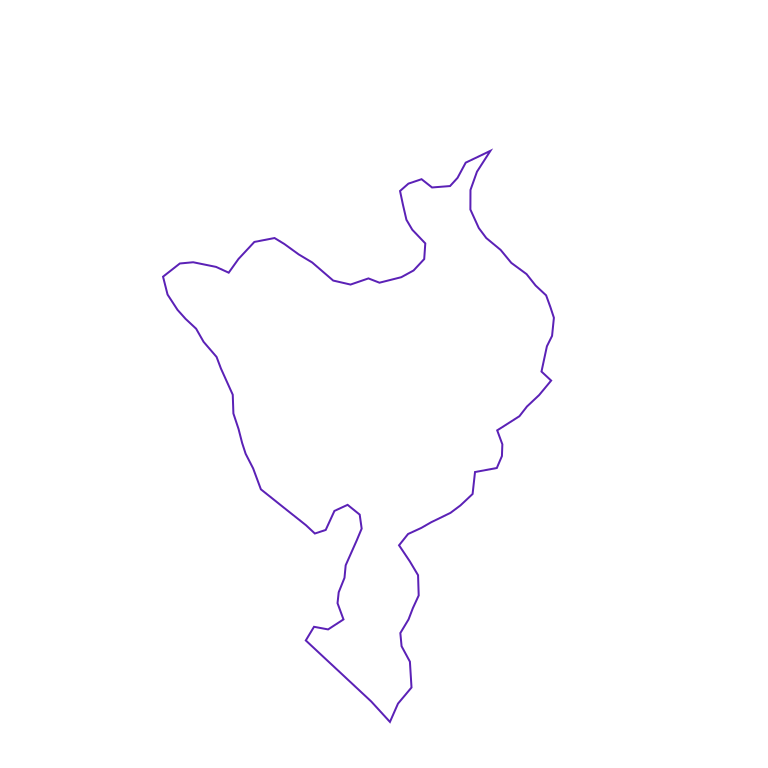 the district of Myrtou, Cyprus, rotated 223°
{"feature_id": "46923920B74910454629938", "entity_name": "Myrtou", "entity_type": "district", "adm_level": 2, "iso_a3": "CYP", "parent_name": "Cyprus", "parent_adm1": "", "projection": "orthographic", "projection_center": [33.074, 35.32], "detail": "fine", "context": "isolated", "style": "outline", "palette": "violet", "viewbox_px": 768, "rotation_deg": 223, "n_neighbors": 0, "source": "geoboundaries", "source_scale": "gbopen_adm2", "svg_char_len": 1474}
<svg xmlns="http://www.w3.org/2000/svg" viewBox="0 0 768 768"><g transform="rotate(223 384 384)"><path d="M325.9,559.4L340.3,559.4L354.7,561.6L373.5,559.4L390.1,561.6L408.8,560.5L421.0,562.7L439.8,570.5L453.1,584.9L460.8,602.7L465.2,627.1L475.2,601.6L470.8,584.9L470.7,573.8L482.9,560.5L496.2,559.4L502.8,547.2L503.9,536.1L492.8,528.3L479.6,519.4L468.5,516.1L449.7,515.0L439.8,502.8L439.8,487.2L444.2,473.9L456.4,455.0L467.4,450.6L476.3,433.9L491.7,425.0L519.4,423.9L534.8,420.6L552.5,418.4L563.6,416.1L575.7,399.5L575.7,376.2L573.5,359.5L586.7,355.1L606.6,342.9L615.5,332.9L618.8,311.8L603.3,301.8L585.6,297.4L573.5,296.3L559.1,296.3L544.7,291.8L524.9,289.6L513.8,284.1L487.3,273.0L474.0,259.7L459.7,251.9L447.5,244.1L437.6,238.6L422.1,233.0L402.2,223.0L372.4,225.3L344.8,227.5L332.6,227.5L327.1,237.5L333.7,257.4L328.2,270.8L312.7,271.9L301.7,263.0L297.2,250.8L288.4,225.3L280.7,215.3L275.1,200.8L268.5,192.0L253.1,184.2L257.5,166.4L269.6,158.7L266.3,143.1L248.6,143.1L225.4,143.1L208.9,143.1L190.1,143.1L176.8,143.1L149.2,140.9L155.8,159.8L156.9,180.8L175.7,198.6L192.3,204.2L202.2,213.0L205.5,228.6L210.0,239.7L214.4,253.0L228.7,267.4L244.2,271.9L263.0,276.3L264.1,290.7L258.6,304.1L255.2,315.1L247.5,335.1L245.3,347.3L244.2,364.0L257.4,381.7L244.2,399.5L248.6,411.7L256.3,420.6L269.6,427.3L263.0,452.8L264.1,465.0L263.0,481.7L264.1,500.5L277.3,500.5L290.6,522.7L293.9,533.8L304.9,548.3L314.9,553.8L325.9,559.4Z" fill="none" stroke="#5b21b6" stroke-width="2"/></g></svg>